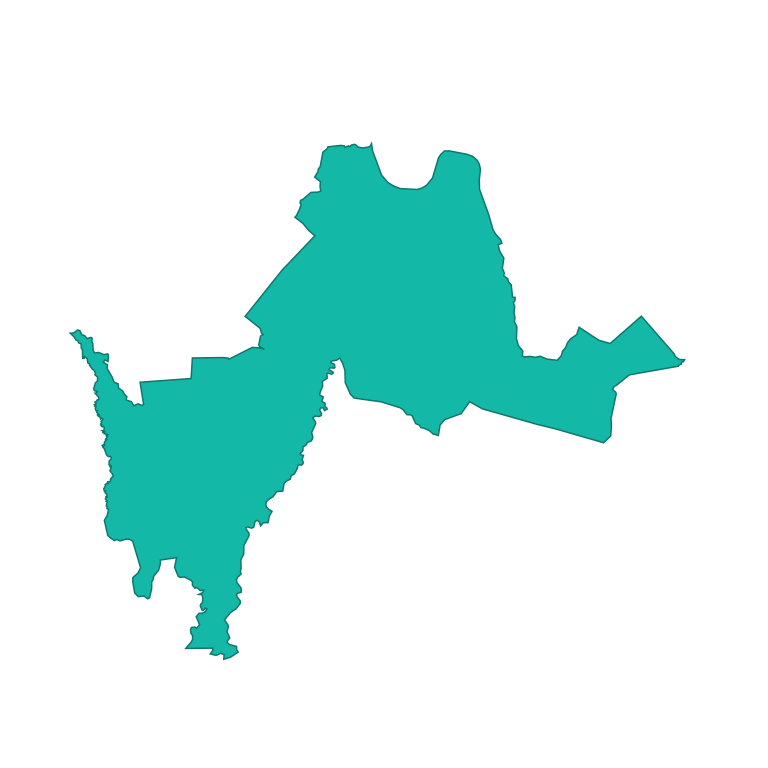 San Jacinto de Yaguachi, Guayas, Ecuador, rotated 80°
{"feature_id": "8360857B83271763782433", "entity_name": "San Jacinto de Yaguachi", "entity_type": "district", "adm_level": 2, "iso_a3": "ECU", "parent_name": "Ecuador", "parent_adm1": "Guayas", "projection": "albers", "projection_center": [-79.669, -2.119], "detail": "fine", "context": "isolated", "style": "filled", "palette": "teal", "viewbox_px": 768, "rotation_deg": 80, "n_neighbors": 0, "source": "geoboundaries", "source_scale": "gbopen_adm2", "svg_char_len": 6160}
<svg xmlns="http://www.w3.org/2000/svg" viewBox="0 0 768 768"><g transform="rotate(80 384 384)"><path d="M412.2,83.8L411.2,88.7L407.6,92.5L404.8,93.0L361.9,118.8L383.4,154.2L378.2,164.9L362.0,182.0L368.8,185.6L371.9,192.4L375.7,196.5L379.6,198.7L382.5,202.3L387.3,204.7L390.7,209.4L387.8,219.1L383.8,225.4L384.0,230.4L382.2,235.2L381.8,240.9L380.6,242.9L375.6,241.6L369.3,245.1L362.3,245.7L350.5,243.2L345.2,244.8L341.5,243.5L336.5,243.6L330.6,241.9L326.4,242.4L324.2,240.3L321.4,239.9L320.9,242.3L308.3,241.5L305.0,243.7L301.9,243.8L298.4,247.3L295.6,246.3L290.5,247.3L280.8,244.1L273.7,246.9L267.7,247.4L266.5,247.1L266.0,243.6L264.5,243.6L262.0,244.2L255.9,248.0L251.3,249.8L235.0,251.5L209.0,256.1L199.8,254.8L189.3,251.7L184.2,252.0L180.1,253.3L175.4,256.9L172.3,262.1L165.8,279.1L165.0,284.0L167.8,288.3L171.0,291.2L189.5,300.4L195.5,307.3L197.6,312.4L198.2,317.6L194.4,334.0L190.6,340.3L186.1,345.3L177.9,350.1L152.8,354.7L145.1,354.6L147.2,356.1L147.9,357.8L147.9,363.8L145.9,369.0L144.3,369.5L142.9,371.3L142.9,374.4L144.3,376.4L143.3,377.6L144.2,381.2L142.6,381.8L141.5,385.1L140.7,397.9L142.7,399.5L145.0,403.9L158.9,409.1L160.6,411.2L163.5,412.2L168.2,416.4L173.7,411.5L178.5,412.7L183.1,412.8L183.6,415.7L182.6,422.5L188.0,431.7L188.6,434.2L191.1,435.3L193.0,434.5L196.6,436.5L202.9,440.9L204.3,442.8L211.7,436.0L219.8,431.4L226.0,426.3L254.2,464.6L293.3,509.0L307.7,496.3L312.5,495.8L314.3,494.5L315.4,497.3L323.8,500.6L325.7,499.9L329.0,495.8L326.8,500.1L325.1,507.4L332.7,532.7L331.4,533.0L329.9,538.5L325.1,568.2L345.1,573.0L339.9,623.9L362.5,624.3L363.0,626.2L360.8,629.7L362.0,634.1L357.4,636.0L355.0,640.8L351.8,639.4L349.3,641.3L345.4,642.6L341.9,646.1L337.6,645.8L335.5,649.4L329.8,650.6L320.5,654.0L317.0,653.0L313.8,656.7L311.9,654.6L313.9,651.8L307.6,650.4L306.3,650.9L306.5,654.6L303.3,659.7L303.4,662.9L302.7,663.8L300.3,664.6L293.8,663.8L291.3,664.3L288.1,663.5L287.2,664.6L287.7,668.6L284.4,670.4L283.0,673.0L278.5,674.3L277.6,676.6L279.8,680.4L279.5,684.2L283.5,681.2L287.3,679.6L288.0,678.0L290.4,677.6L292.0,675.3L296.4,675.9L297.8,675.0L306.5,676.3L306.7,674.9L305.0,674.2L307.5,671.9L311.9,672.0L313.3,670.4L314.4,670.7L318.8,668.6L319.8,667.3L323.3,666.2L324.7,667.1L327.4,664.8L331.8,665.9L332.7,668.0L338.4,670.8L340.4,670.2L341.6,667.6L342.8,668.6L342.8,670.2L347.3,667.4L349.7,667.7L350.0,669.5L350.9,669.7L351.6,671.8L353.3,670.9L354.1,672.8L354.5,672.0L355.8,672.6L355.9,671.4L358.0,672.6L360.1,672.3L360.7,670.8L361.9,671.9L364.5,670.1L364.4,671.5L365.0,671.6L366.4,670.6L366.4,669.6L369.2,669.2L368.3,668.4L369.7,666.8L371.8,669.1L372.7,668.7L374.0,669.7L374.9,669.1L375.2,670.1L377.3,669.0L376.9,668.1L378.4,667.1L381.3,668.0L381.0,669.6L381.6,669.0L382.8,669.3L382.8,667.4L384.2,668.3L386.1,664.7L387.0,665.5L386.4,666.9L388.0,665.6L389.9,667.8L390.8,666.6L392.3,669.2L394.8,670.0L395.7,672.3L396.4,672.0L396.2,670.5L397.3,671.8L399.1,670.7L405.5,669.6L407.7,668.1L407.6,666.6L408.9,665.2L411.0,666.2L411.9,667.9L415.7,668.9L417.1,666.9L417.8,667.3L417.5,668.8L418.7,667.1L421.9,669.0L425.7,666.9L427.6,666.7L430.0,669.8L432.2,670.3L432.7,671.5L432.3,672.9L433.9,672.8L433.5,674.1L434.7,676.1L435.4,675.7L438.6,678.2L441.0,678.0L441.1,676.7L442.7,677.5L444.5,676.1L446.8,676.2L446.7,677.2L447.6,676.8L448.0,678.0L448.8,678.3L450.6,677.4L451.2,677.9L451.6,676.9L455.8,678.7L456.7,677.9L458.6,678.5L459.4,677.2L460.6,677.4L465.3,679.4L469.8,683.1L485.3,682.3L488.6,679.6L491.3,676.7L490.8,673.9L492.7,671.2L492.0,665.7L492.6,661.6L495.2,658.8L522.8,655.6L527.5,659.2L531.0,664.9L535.0,665.8L546.6,665.8L550.7,662.9L551.2,657.1L554.5,654.0L553.8,652.0L545.4,648.4L538.5,647.1L537.0,645.6L533.4,644.2L528.3,638.3L521.9,635.3L518.5,634.8L519.0,618.4L528.2,622.1L537.7,620.0L539.0,618.5L539.3,614.2L543.8,608.2L545.5,607.0L548.9,607.6L552.3,605.7L551.9,603.7L555.6,600.7L555.7,597.4L557.8,598.5L559.1,602.8L559.8,600.0L563.4,599.5L568.1,601.0L569.0,602.7L570.8,603.5L575.4,602.4L575.4,600.9L573.6,599.0L574.5,597.5L577.0,599.2L578.2,602.7L577.7,606.0L580.6,609.4L588.9,607.4L592.1,611.1L590.5,612.5L590.4,616.0L592.5,617.2L596.2,617.4L598.5,616.2L602.3,616.9L604.5,618.5L610.0,625.1L614.4,598.5L616.4,598.8L619.7,602.0L622.1,596.4L620.9,591.7L622.3,589.1L622.8,588.4L627.3,589.6L626.4,582.6L622.7,574.1L620.2,575.2L616.9,574.8L613.6,581.6L611.4,583.2L610.0,582.9L607.2,580.0L600.7,581.7L596.5,579.6L594.5,579.4L588.6,582.0L582.5,575.0L579.8,568.9L575.1,563.7L572.7,563.2L568.0,565.7L565.8,565.8L564.6,564.6L564.4,560.9L561.9,560.2L559.6,560.4L554.1,563.3L551.5,563.3L549.0,562.0L546.3,557.7L543.4,558.0L541.2,556.8L532.3,555.5L527.2,551.7L518.8,550.1L510.2,543.4L507.4,542.9L503.0,545.0L501.4,545.0L501.1,543.0L502.9,539.6L502.6,537.3L497.6,535.1L496.3,533.7L496.5,532.3L498.0,530.8L502.4,530.1L499.7,527.2L500.4,522.2L494.4,520.0L490.0,516.4L486.9,519.8L484.4,521.2L482.0,521.3L479.7,520.4L477.7,517.9L475.8,513.0L471.3,508.3L471.9,502.3L464.5,499.6L462.8,497.3L461.4,492.8L458.1,491.3L457.0,487.9L452.4,484.2L449.3,482.9L448.9,481.4L449.6,479.6L448.8,478.0L447.4,477.1L444.1,477.7L440.3,475.7L439.6,477.8L438.2,478.7L435.5,475.4L431.8,474.7L430.8,471.7L428.3,469.6L427.4,465.5L425.5,463.9L423.4,463.3L419.3,463.7L411.1,458.1L409.1,458.2L404.9,460.0L403.6,457.3L404.8,453.2L404.0,451.2L402.2,450.7L398.1,452.0L396.6,450.2L396.7,448.3L399.8,447.1L398.9,444.3L397.6,444.5L396.0,446.0L392.6,445.4L390.4,448.3L386.2,446.0L383.9,449.0L382.6,449.1L375.2,444.7L370.8,444.3L368.4,438.9L363.8,438.4L363.5,436.9L365.4,433.9L364.2,432.0L363.2,432.2L360.3,435.8L358.6,434.3L359.8,430.4L359.2,429.5L356.1,429.4L353.7,432.6L352.2,431.8L352.4,426.8L350.8,423.1L351.6,422.8L356.3,421.2L363.6,420.1L376.0,421.9L388.2,418.9L392.7,415.8L401.1,389.8L410.1,372.4L412.5,369.7L418.2,366.7L419.0,363.1L420.2,361.8L428.5,359.7L430.5,356.5L433.5,355.1L434.4,352.4L437.7,347.5L441.8,344.3L444.1,339.4L434.2,335.9L429.6,330.4L426.6,313.2L416.3,302.7L425.5,291.5L450.6,239.7L458.1,222.6L479.9,178.1L480.4,178.7L474.6,169.8L465.2,167.4L457.3,166.4L434.0,157.0L432.3,157.3L428.8,159.9L426.0,157.2L425.9,155.8L417.6,140.7L417.6,91.1L416.6,90.3L416.1,87.9L414.0,87.0L414.1,85.2L412.2,83.8Z" fill="#14b8a6" stroke="#0f766e" stroke-width="1.5"/></g></svg>